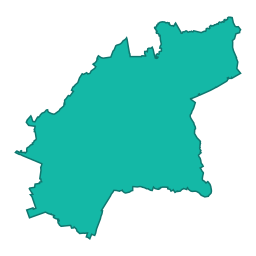 Chislaz, Bihor, Romania
{"feature_id": "2599482B30270529451593", "entity_name": "Chislaz", "entity_type": "district", "adm_level": 2, "iso_a3": "ROU", "parent_name": "Romania", "parent_adm1": "Bihor", "projection": "mercator", "projection_center": [22.253, 47.272], "detail": "fine", "context": "isolated", "style": "filled", "palette": "teal", "viewbox_px": 256, "rotation_deg": 0, "n_neighbors": 0, "source": "geoboundaries", "source_scale": "gbopen_adm2", "svg_char_len": 5727}
<svg xmlns="http://www.w3.org/2000/svg" viewBox="0 0 256 256"><path d="M79.7,233.5L83.4,233.1L84.2,233.3L87.5,233.0L86.3,236.9L87.9,237.4L89.8,238.8L91.6,234.3L94.7,235.4L95.6,233.3L96.6,228.8L100.4,218.8L100.9,216.4L101.9,213.9L102.5,210.8L101.4,210.6L110.5,195.9L111.3,194.1L113.0,192.0L113.9,190.3L116.6,190.5L119.5,191.2L119.9,190.8L121.9,190.5L122.3,190.2L122.9,191.4L124.4,192.6L125.6,193.0L129.4,192.1L131.6,190.7L132.7,190.5L132.7,187.6L132.9,186.6L137.4,186.9L140.0,186.5L141.8,186.8L142.2,187.2L144.3,187.6L146.7,188.8L148.4,188.8L148.9,189.4L150.7,190.3L152.2,190.5L153.5,187.1L154.9,188.5L158.1,189.3L159.0,189.2L159.1,188.4L160.1,188.5L160.5,187.5L161.3,187.6L162.2,187.1L165.1,187.1L167.8,187.3L167.7,188.8L170.1,189.4L171.0,191.1L172.8,190.3L173.2,189.8L175.0,192.4L177.2,191.1L177.5,191.5L180.3,191.1L181.9,189.4L182.8,189.2L183.6,188.5L186.7,189.5L186.9,188.5L187.5,187.7L188.5,189.3L190.7,191.0L192.2,191.4L195.4,191.2L196.9,191.6L199.2,193.0L200.8,194.9L201.7,195.5L204.8,196.9L208.4,196.3L208.5,195.8L211.0,193.2L211.4,191.6L211.4,190.1L210.7,186.3L209.9,184.1L209.0,183.3L208.9,182.8L207.8,181.6L206.0,183.0L204.5,181.3L202.6,180.2L202.4,179.3L202.3,178.6L202.7,176.0L203.4,173.0L203.1,172.3L202.2,171.4L200.9,168.9L200.2,168.0L203.2,166.3L202.4,164.7L201.2,163.2L200.7,160.2L200.1,158.2L198.8,156.4L198.5,155.1L201.0,152.8L200.3,152.4L200.5,151.2L200.9,150.8L200.8,150.3L200.4,150.0L199.8,148.8L199.7,148.3L199.7,147.8L200.1,147.5L199.8,146.1L200.2,144.8L200.0,144.2L200.5,143.3L200.2,142.8L200.4,141.7L200.1,141.5L200.2,141.1L197.0,137.8L194.5,133.5L194.7,129.5L195.5,128.8L195.3,127.0L194.0,124.2L193.9,123.1L190.8,118.2L190.2,116.5L190.2,115.0L191.5,113.0L191.9,111.4L193.6,108.2L195.3,102.6L190.6,99.1L190.6,98.6L191.9,98.4L198.0,95.9L198.8,95.2L198.5,94.3L199.4,93.9L199.8,95.1L210.5,90.3L215.2,87.8L215.6,87.2L216.1,87.4L216.9,87.0L226.5,81.3L227.3,80.5L227.7,79.3L228.4,78.9L228.2,78.7L227.9,78.9L227.4,78.0L228.3,77.5L228.8,78.3L228.5,78.5L228.6,78.8L229.3,78.4L231.5,78.4L231.9,78.2L231.9,77.8L232.2,78.1L240.6,73.3L236.8,68.6L237.8,62.0L236.2,57.9L236.5,57.7L233.5,50.8L232.6,47.4L232.7,42.1L232.4,40.6L234.5,38.8L235.9,33.8L239.6,32.6L239.7,31.1L240.6,29.7L238.3,26.7L236.4,26.8L235.1,26.3L233.3,22.7L232.2,17.6L231.6,17.4L231.0,17.6L230.4,17.2L228.5,17.2L227.6,17.9L227.5,19.4L226.4,19.8L225.7,20.5L225.2,20.4L224.9,19.5L224.2,19.8L223.9,20.5L224.1,21.8L223.2,22.1L222.3,21.6L221.1,22.6L219.7,22.0L218.8,22.5L218.1,24.1L217.1,23.7L216.2,24.5L214.4,24.8L213.7,25.7L212.8,25.7L211.6,26.1L211.0,25.4L210.7,25.4L209.5,26.8L209.8,27.8L209.7,28.4L209.2,28.7L207.5,28.3L206.7,28.5L206.3,28.7L206.0,30.5L205.6,31.3L204.3,31.2L201.2,32.6L193.7,30.8L193.0,31.8L192.4,31.8L191.4,31.2L190.8,31.7L189.5,31.6L188.5,32.2L187.7,32.0L186.8,31.1L186.3,30.9L185.6,31.0L184.6,31.8L183.2,31.8L182.7,32.1L182.3,33.1L181.6,33.3L180.9,32.9L180.8,31.8L180.4,31.4L175.6,23.0L174.8,24.1L174.9,24.9L173.7,25.5L173.8,26.1L173.6,26.3L172.7,25.6L171.6,25.8L170.3,25.3L169.9,25.0L169.7,24.2L169.1,24.1L169.2,23.1L169.1,22.8L168.2,22.9L167.5,22.5L166.0,22.9L164.7,22.0L162.3,21.8L160.0,22.3L159.0,23.1L158.1,23.4L158.0,24.5L156.7,25.2L156.6,26.5L156.0,26.8L155.8,27.2L154.7,27.3L154.6,27.6L155.1,28.0L154.9,28.6L155.8,29.0L155.8,29.8L157.0,31.1L157.0,31.6L156.3,31.9L156.3,32.7L156.5,33.2L158.5,33.7L158.8,34.1L159.2,36.0L159.5,36.1L160.1,35.7L160.4,39.8L161.3,44.1L160.8,45.3L160.2,46.2L159.8,48.1L161.2,48.2L161.5,48.6L161.3,49.6L161.5,50.7L161.3,51.2L159.3,51.6L159.1,52.4L159.2,53.3L159.0,54.0L158.5,54.3L157.4,53.8L156.3,54.5L156.0,56.7L156.4,57.0L157.9,57.0L158.0,57.3L157.4,58.1L156.7,58.4L155.3,58.1L154.0,53.5L153.2,49.7L152.2,47.2L151.1,48.2L148.8,48.2L147.8,48.7L147.3,51.7L146.3,51.2L145.6,51.5L144.7,51.5L144.7,53.8L145.6,55.4L145.6,56.0L141.9,55.8L141.5,56.1L141.4,56.6L130.2,56.6L129.8,53.7L129.5,53.5L128.6,48.5L127.1,39.5L126.6,37.8L125.7,39.0L124.1,40.3L123.4,40.5L121.5,43.0L119.9,44.2L116.7,45.2L115.8,45.8L114.1,50.0L113.3,50.7L112.9,51.5L110.8,57.1L103.1,58.2L100.9,57.5L98.4,55.8L97.3,57.6L97.5,58.2L97.2,58.0L97.0,58.5L96.9,59.8L96.5,61.2L94.0,63.9L93.8,63.6L93.0,64.2L95.8,66.7L94.8,68.3L91.2,70.9L90.2,73.0L89.6,73.5L87.7,73.9L86.7,72.7L83.5,74.4L82.2,73.8L79.5,77.9L77.8,82.7L75.0,85.1L74.2,86.5L73.5,86.5L72.8,87.4L71.5,90.3L73.4,91.3L70.0,96.0L68.6,95.5L68.2,95.7L66.1,98.7L64.9,99.8L64.6,100.3L64.7,103.9L64.1,103.5L63.8,106.0L60.0,109.2L59.2,110.7L54.5,114.1L53.3,114.1L51.2,113.5L48.4,112.1L47.8,111.0L47.6,109.8L46.4,110.0L44.5,112.2L42.0,113.2L40.4,114.9L39.7,116.2L38.8,116.8L38.6,117.4L37.6,117.1L34.9,121.8L32.9,121.5L32.0,119.2L31.7,117.8L30.8,115.9L27.2,120.0L27.2,120.6L26.8,120.9L26.3,122.3L28.7,125.4L35.1,126.3L34.8,128.2L34.4,129.1L34.6,129.3L34.2,129.8L34.7,130.5L34.3,131.6L35.2,131.9L36.3,138.9L35.8,139.8L34.2,140.8L34.0,141.6L33.3,142.6L32.3,143.2L32.7,144.3L30.7,145.0L28.6,147.1L27.2,147.7L26.7,149.0L26.8,151.4L25.5,152.9L25.2,153.0L24.6,152.4L21.7,152.6L21.2,152.2L21.6,151.0L21.4,150.7L20.6,151.0L19.9,152.4L19.5,152.6L18.8,152.4L18.4,151.7L16.9,151.0L16.1,151.6L15.4,152.5L19.2,154.4L20.4,154.5L22.5,155.6L41.6,163.6L41.9,163.9L41.1,167.0L40.7,167.2L41.0,170.3L39.8,178.8L40.9,179.1L40.9,180.2L41.6,181.7L39.7,182.1L39.3,182.6L39.5,183.4L35.1,184.1L34.6,187.3L29.7,188.1L29.3,188.7L32.8,194.3L30.4,194.7L32.0,196.7L35.9,208.2L33.3,209.2L33.0,207.9L26.7,210.0L29.5,217.8L45.4,212.1L48.4,213.6L50.4,214.2L51.1,214.0L51.2,214.5L53.8,215.3L54.4,215.7L53.4,216.7L53.4,217.1L53.8,217.6L56.0,218.7L58.5,219.2L58.5,219.5L57.6,219.6L57.9,220.7L58.8,220.0L59.2,220.7L59.0,221.1L58.0,221.8L58.1,222.9L58.9,223.8L59.3,224.8L61.1,226.3L70.1,225.4L70.7,225.5L71.6,228.1L73.5,227.9L74.1,227.0L76.4,229.1L77.0,231.1L79.7,233.5Z" fill="#14b8a6" stroke="#0f766e" stroke-width="1.5"/></svg>